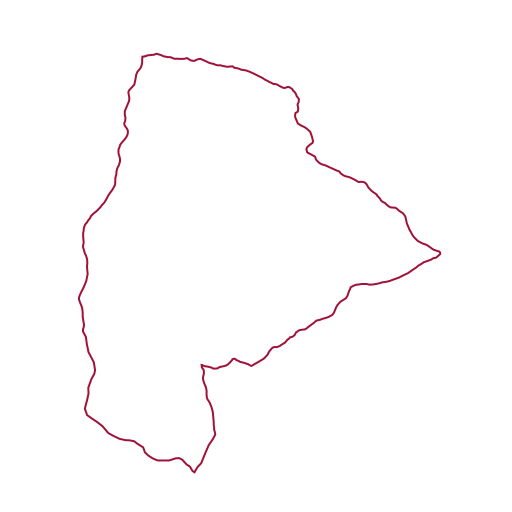 Doga, Paro, Bhutan (orthographic projection), rotated 175°
{"feature_id": "84629894B26183421967737", "entity_name": "Doga", "entity_type": "district", "adm_level": 2, "iso_a3": "BTN", "parent_name": "Bhutan", "parent_adm1": "Paro", "projection": "orthographic", "projection_center": [89.493, 27.296], "detail": "fine", "context": "isolated", "style": "outline", "palette": "rose", "viewbox_px": 512, "rotation_deg": 175, "n_neighbors": 0, "source": "geoboundaries", "source_scale": "gbopen_adm2", "svg_char_len": 6099}
<svg xmlns="http://www.w3.org/2000/svg" viewBox="0 0 512 512"><g transform="rotate(175 256 256)"><path d="M434.7,198.1L434.9,195.8L432.5,190.2L432.2,183.0L431.2,174.7L426.9,164.5L426.6,161.3L426.3,156.2L427.3,152.8L430.7,147.7L434.5,139.5L434.9,133.2L436.8,127.3L438.5,122.6L439.8,118.8L438.1,112.2L432.7,107.6L429.0,104.7L423.7,99.8L418.6,92.5L414.3,89.6L408.0,85.8L402.0,83.9L398.1,83.4L393.3,82.0L390.9,79.6L385.1,75.2L384.3,72.3L383.8,70.1L380.9,66.8L376.6,63.4L371.8,60.9L366.5,60.4L360.2,59.9L353.9,61.4L350.3,61.4L347.2,59.5L343.3,54.4L340.2,52.0L338.0,47.4L336.1,45.9L333.9,49.1L332.5,51.0L328.7,54.3L323.2,65.0L319.5,71.8L315.2,77.0L312.2,81.5L312.2,82.9L312.7,86.3L312.9,87.3L312.6,88.3L312.7,89.4L312.8,90.5L312.8,91.7L312.7,92.8L312.6,95.1L312.6,96.3L312.6,97.4L312.6,100.9L312.6,102.0L312.6,103.2L312.7,104.3L312.8,105.5L313.0,106.6L313.2,107.7L313.4,108.8L313.7,109.9L314.0,111.1L314.4,112.2L314.7,113.3L315.1,114.3L315.6,115.4L316.2,116.4L316.8,117.4L317.1,118.4L317.3,119.6L317.3,120.7L317.3,121.9L317.3,123.0L317.0,125.3L317.0,126.5L317.1,127.6L317.2,128.7L317.4,129.9L317.8,131.0L318.1,132.0L318.5,133.1L318.8,134.2L319.3,136.5L319.5,137.6L319.5,138.8L319.3,139.9L319.0,141.0L318.6,142.1L318.2,143.2L318.1,144.3L318.0,145.3L318.0,146.3L318.2,147.3L318.9,148.5L319.6,149.6L319.7,151.0L319.7,152.2L318.7,151.9L318.0,151.3L317.1,150.9L316.0,150.5L314.0,150.1L313.0,149.8L309.8,148.6L308.9,147.8L307.2,147.4L305.9,147.4L304.0,147.4L302.5,148.4L300.5,148.7L297.3,149.1L296.0,149.4L294.1,150.0L291.8,151.7L289.0,154.3L288.5,155.2L287.4,155.5L286.0,155.5L284.4,153.9L282.6,153.1L281.0,151.9L278.7,151.1L276.8,150.5L274.7,149.5L273.4,149.0L271.1,147.3L269.9,146.9L267.1,148.3L261.5,150.9L257.4,152.9L255.7,154.3L253.1,156.6L252.0,158.5L250.7,160.3L248.4,162.4L247.5,163.2L246.2,163.6L245.2,163.7L243.4,163.4L240.2,164.2L238.9,165.1L234.8,167.1L231.9,169.9L230.1,171.0L229.2,172.0L227.0,172.3L226.1,172.7L224.1,174.2L223.0,176.2L220.0,178.0L218.9,178.4L214.9,178.6L213.3,178.7L212.2,179.3L209.4,181.2L203.8,184.6L202.9,185.4L201.0,186.5L197.5,186.9L196.1,187.4L194.8,187.7L192.7,188.1L189.8,188.7L188.0,189.4L186.8,190.0L185.1,190.6L183.9,192.0L183.1,193.1L181.6,196.0L180.9,197.4L179.2,200.0L175.7,203.2L170.1,206.1L168.3,208.5L167.0,211.5L166.5,212.7L165.2,214.8L164.4,216.6L161.4,217.9L158.6,218.7L156.6,218.6L153.6,218.9L148.3,218.5L145.6,217.6L142.2,217.4L138.5,217.7L134.1,218.3L133.2,218.7L129.6,218.9L127.8,219.0L124.6,219.6L119.9,220.9L115.5,222.0L114.4,222.5L111.9,223.5L108.5,224.8L106.2,225.6L103.3,227.3L101.1,228.6L97.0,230.8L95.3,232.2L94.2,232.6L90.5,234.5L89.1,235.3L87.2,235.7L82.2,237.0L79.4,238.4L76.9,238.6L74.4,240.3L72.4,241.8L72.2,243.1L73.0,244.4L75.1,245.3L78.4,246.7L79.9,247.9L84.2,251.6L85.5,252.4L89.1,254.0L91.1,255.3L93.3,256.7L95.0,258.6L96.2,260.1L97.3,261.5L98.9,264.5L99.7,266.7L100.6,268.2L101.3,270.5L102.0,272.6L102.9,275.4L103.1,277.0L103.7,281.8L104.1,282.9L104.9,284.3L106.2,286.1L108.1,287.4L110.1,289.2L111.4,290.7L112.9,291.9L117.7,292.7L119.1,293.6L120.6,294.9L122.9,297.6L124.7,298.6L126.1,299.8L126.7,300.6L127.2,301.8L128.2,303.4L129.8,305.2L130.5,306.8L134.0,309.7L135.3,310.9L138.0,314.3L139.5,317.6L140.1,318.6L141.8,320.1L144.6,320.8L147.3,320.7L151.5,323.7L155.9,326.3L160.0,327.7L162.0,328.8L164.6,331.1L165.6,332.9L168.1,334.1L173.3,337.0L177.6,339.5L179.8,340.6L182.3,341.5L184.7,343.1L187.1,345.8L187.8,346.9L188.6,349.9L193.4,353.1L195.9,354.7L196.5,358.1L195.4,360.1L192.2,362.4L189.9,363.7L189.2,365.1L189.7,369.2L190.5,372.5L191.2,375.1L194.5,378.6L196.8,380.4L199.3,381.8L202.7,384.3L204.9,390.9L204.7,393.2L204.3,394.9L201.8,396.2L201.0,399.1L201.4,403.3L200.0,405.9L199.6,408.6L200.3,409.8L200.9,410.8L201.7,412.0L201.8,413.0L202.3,414.4L203.6,416.5L204.8,417.6L205.1,418.9L207.5,420.9L209.0,421.6L210.3,421.6L211.5,421.1L212.8,420.9L214.4,421.2L217.4,423.1L220.1,425.0L222.2,425.8L223.6,425.8L225.1,426.9L227.9,428.4L229.0,429.3L231.7,430.9L234.0,432.8L236.8,434.5L242.5,438.0L246.4,440.2L250.0,441.8L254.5,442.9L255.9,443.7L258.6,444.8L261.0,445.3L262.8,447.0L268.3,447.0L273.4,448.5L274.6,449.1L277.0,449.2L279.2,449.8L281.6,451.1L285.5,452.3L287.1,453.3L290.0,455.0L294.1,457.2L295.9,457.2L298.8,456.5L300.0,455.8L302.0,456.0L304.1,456.6L306.0,458.1L307.6,459.2L310.4,458.7L311.4,458.7L314.5,459.0L316.1,459.1L317.3,459.5L319.7,459.5L321.8,460.4L323.5,461.4L325.5,461.7L327.2,461.9L328.7,462.5L329.9,462.7L331.4,463.4L332.8,464.3L335.5,465.4L337.3,466.1L338.4,466.0L339.9,465.4L342.0,465.4L347.0,465.3L348.0,464.7L349.1,464.8L350.1,464.4L351.8,464.5L352.2,461.9L352.5,459.0L352.8,457.7L353.6,455.2L354.9,453.0L358.0,449.9L359.6,447.0L359.9,445.5L360.7,442.5L361.3,440.6L362.3,437.3L368.1,432.0L368.9,430.2L368.4,424.4L368.9,421.6L371.1,417.4L372.6,414.5L374.1,411.7L374.4,408.3L374.0,404.8L374.5,402.2L375.7,399.5L375.5,397.7L374.9,396.5L373.9,394.9L373.2,393.5L372.9,392.5L372.7,391.4L373.2,388.7L373.7,387.5L374.2,386.7L375.0,385.5L377.4,382.9L379.2,381.2L380.8,379.6L381.8,378.3L382.3,376.8L382.8,375.8L383.7,374.1L383.8,373.2L384.0,370.8L383.9,369.4L383.4,367.2L383.1,365.4L383.0,364.3L383.3,361.7L383.9,360.5L384.3,359.2L385.1,357.7L385.7,356.9L386.4,355.7L387.0,354.3L387.7,352.1L387.8,350.6L388.4,348.4L389.2,346.5L389.4,345.3L390.0,340.2L390.5,338.7L391.3,337.4L393.4,334.4L395.6,331.9L397.4,329.8L398.7,327.9L399.8,326.1L400.8,324.6L402.6,322.3L405.3,319.9L406.3,318.6L407.9,317.2L409.9,315.4L412.4,313.6L414.2,312.4L417.1,310.0L417.8,308.4L419.2,307.0L420.4,305.7L421.5,304.1L422.7,303.1L423.6,301.9L424.2,300.7L424.8,299.5L425.2,298.1L425.6,295.9L426.2,293.9L426.4,291.6L426.5,289.8L426.5,285.4L426.6,283.9L427.5,281.0L427.5,279.7L427.2,278.3L427.0,277.4L426.2,273.1L425.6,272.1L425.3,271.2L424.8,268.8L424.5,266.9L424.7,263.2L425.2,260.9L425.3,259.6L425.3,258.3L425.3,253.9L425.3,252.5L425.8,251.0L426.5,248.5L427.3,245.9L429.0,242.5L431.1,238.7L433.3,235.2L434.9,232.4L435.8,230.4L436.1,228.9L436.1,227.9L435.8,226.9L435.5,225.4L434.9,223.6L434.4,222.1L433.7,219.3L433.6,214.7L433.9,211.2L433.9,209.9L433.6,205.7L433.3,202.3L433.9,200.0L434.7,198.1Z" fill="none" stroke="#9f1239" stroke-width="2"/></g></svg>